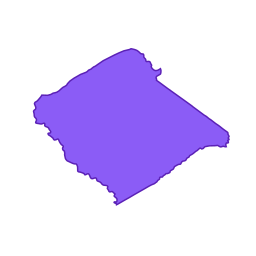 outline of Dam Doi, Cà Mau, Vietnam, rotated 217°
{"feature_id": "81297802B79677528710757", "entity_name": "Dam Doi", "entity_type": "district", "adm_level": 2, "iso_a3": "VNM", "parent_name": "Vietnam", "parent_adm1": "Cà Mau", "projection": "mercator", "projection_center": [105.265, 8.963], "detail": "fine", "context": "isolated", "style": "filled", "palette": "violet", "viewbox_px": 256, "rotation_deg": 217, "n_neighbors": 0, "source": "geoboundaries", "source_scale": "gbopen_adm2", "svg_char_len": 5658}
<svg xmlns="http://www.w3.org/2000/svg" viewBox="0 0 256 256"><g transform="rotate(217 128 128)"><path d="M91.0,59.8L90.3,61.2L87.2,68.5L85.0,73.5L83.0,78.4L78.3,89.3L76.8,92.9L76.1,94.5L75.0,96.8L73.5,99.3L73.2,100.2L73.0,101.2L72.6,102.1L72.6,102.7L72.7,104.0L72.1,105.9L72.2,106.4L72.6,107.0L72.8,107.4L72.8,107.8L72.7,108.1L72.3,108.5L71.2,109.4L71.1,109.6L71.0,109.9L71.0,110.2L71.1,111.0L71.0,111.4L70.9,111.8L70.6,112.2L70.4,112.9L70.2,114.4L70.0,114.6L69.3,115.1L68.8,115.8L67.9,117.3L67.8,117.8L68.3,118.7L68.3,119.0L68.3,119.3L68.3,119.6L67.3,121.9L67.1,122.6L67.2,123.1L67.5,124.5L67.6,125.0L67.5,125.5L66.5,127.8L65.9,129.1L65.6,129.4L65.4,129.7L64.8,130.2L64.4,130.6L64.3,130.9L64.3,131.3L64.6,132.7L64.6,133.2L64.6,133.7L64.4,134.2L64.2,134.6L63.4,135.4L62.7,136.4L62.5,136.8L62.5,137.4L62.7,138.4L62.7,139.2L62.7,139.8L62.6,140.0L61.9,141.2L61.9,141.8L62.0,142.3L62.1,142.9L62.0,143.4L61.0,145.6L60.5,147.2L59.8,150.2L59.2,151.6L58.6,154.7L58.4,155.2L58.2,155.4L57.9,155.5L56.8,155.6L56.6,155.6L56.3,155.9L55.9,156.4L55.6,157.0L55.4,159.0L55.2,159.5L53.3,161.6L52.2,162.8L47.8,166.3L46.8,167.2L46.4,167.7L46.1,167.9L45.6,168.1L43.9,168.3L43.2,168.4L42.6,168.7L42.3,169.0L41.8,169.6L41.2,170.5L40.8,170.8L38.9,171.6L38.6,171.9L38.3,172.2L38.9,172.6L39.9,173.6L40.2,174.4L40.4,175.1L40.2,175.5L39.5,175.9L39.2,176.2L39.1,176.6L39.3,177.2L39.9,177.5L40.7,177.8L40.8,177.9L40.9,178.1L40.8,178.5L40.4,179.0L40.4,179.3L40.4,179.6L40.6,179.8L40.9,180.0L41.6,180.1L41.9,180.3L42.0,180.6L42.1,181.5L42.2,182.0L42.4,182.2L43.1,182.6L44.3,183.1L44.7,183.5L45.1,184.1L45.6,184.4L46.0,184.5L50.0,184.4L52.3,184.4L55.8,184.5L57.3,184.5L60.7,184.3L67.2,184.4L67.9,184.3L68.0,184.2L70.8,184.3L72.2,184.4L73.2,184.3L74.2,184.2L75.3,184.1L77.0,184.1L89.0,184.0L90.2,184.1L100.1,183.9L112.2,183.6L120.3,183.4L131.1,183.3L133.9,183.2L134.1,183.6L134.3,183.9L134.7,184.3L135.4,184.7L135.7,184.9L135.9,185.2L136.1,185.5L136.2,186.1L136.2,186.6L136.0,187.1L134.8,189.9L134.6,190.5L134.6,190.9L134.7,191.1L135.1,192.0L135.8,193.1L136.5,194.0L137.8,194.9L138.3,193.5L138.9,192.2L139.5,191.4L140.1,190.8L140.9,190.2L141.7,190.0L142.5,189.9L144.1,190.0L144.9,190.2L145.8,190.6L146.4,191.0L146.6,191.5L146.7,192.0L146.9,192.3L147.3,192.6L148.2,192.9L149.7,193.8L150.2,194.0L150.6,194.0L151.1,193.9L152.0,193.3L153.0,192.3L153.3,192.2L153.6,192.2L153.9,192.3L154.4,192.6L154.7,193.0L155.2,193.4L155.6,193.6L156.9,193.8L157.7,194.0L158.0,194.2L158.4,194.6L159.0,195.4L159.5,195.8L159.8,196.1L160.1,196.2L160.4,196.2L160.8,196.0L161.2,195.7L162.0,195.3L162.5,195.1L163.0,195.1L165.6,195.4L167.7,195.3L169.8,194.7L172.1,193.7L173.3,193.1L173.6,192.4L174.2,191.4L177.7,187.2L180.4,182.6L182.8,178.1L188.3,166.8L190.5,160.3L191.3,157.7L192.1,156.3L192.7,154.3L192.9,153.0L193.6,151.7L194.0,150.9L194.3,150.5L194.5,148.6L195.0,147.3L196.3,145.2L198.1,142.3L201.1,135.3L202.6,130.7L202.8,129.0L202.9,127.9L203.0,126.7L202.8,126.1L202.9,124.9L203.1,124.2L203.5,123.2L204.3,121.6L204.8,119.8L205.5,116.0L206.4,113.7L207.5,112.2L208.5,111.1L209.0,110.4L209.3,109.5L209.8,108.4L211.8,105.8L213.5,104.6L216.6,102.4L216.5,101.9L216.4,100.5L216.5,98.2L216.7,95.6L216.8,95.0L216.9,94.5L217.7,92.5L217.6,92.0L217.4,91.2L217.1,90.9L214.3,89.2L213.7,88.6L213.5,88.2L213.3,87.7L213.2,87.4L213.3,86.7L213.6,85.9L213.6,85.5L213.6,84.7L213.3,84.3L212.3,83.5L211.4,82.7L210.2,81.3L209.7,80.9L209.1,80.6L208.7,80.5L207.3,80.3L206.9,80.1L206.5,79.9L206.1,79.6L205.7,78.9L205.5,78.3L205.3,77.3L205.1,76.9L204.9,76.7L204.7,76.6L204.4,76.6L204.2,76.7L203.6,76.9L201.9,77.8L200.9,78.3L200.4,78.6L199.8,78.9L199.4,79.3L198.6,80.4L198.4,80.8L198.0,81.2L197.9,81.3L197.7,81.4L197.3,81.4L197.0,81.3L196.7,81.0L196.5,80.7L196.2,80.1L196.0,79.9L195.7,79.7L195.4,79.6L194.8,79.6L194.2,79.8L193.5,80.0L192.5,80.2L192.3,80.3L191.8,80.2L191.2,80.1L190.0,79.4L188.3,79.0L187.9,78.8L187.7,78.7L187.4,78.4L187.3,78.2L187.1,77.6L187.2,77.4L187.2,77.2L187.5,76.8L188.3,76.1L188.5,75.7L188.5,75.4L188.3,75.2L188.0,75.0L187.6,74.8L187.2,74.7L185.4,74.9L184.1,74.9L182.3,74.8L182.0,74.8L180.6,74.2L180.1,74.1L179.7,74.1L179.2,74.4L178.5,75.3L178.1,75.8L177.8,76.6L177.6,76.8L177.3,77.0L177.0,77.1L176.5,77.0L175.9,76.6L174.3,75.7L172.8,75.1L172.2,74.9L171.3,74.7L169.4,74.6L168.8,74.5L168.6,74.3L168.4,74.0L168.3,73.7L168.3,73.1L168.2,72.7L167.9,72.2L167.6,71.9L167.0,71.5L166.5,71.3L166.0,71.2L165.3,71.3L165.0,71.3L164.9,71.2L164.5,70.9L163.6,70.0L163.2,69.6L162.6,68.6L162.2,68.2L159.9,66.2L159.3,65.8L158.0,65.4L157.6,65.3L156.8,65.2L156.3,65.3L151.2,66.4L150.2,66.7L149.7,66.9L148.9,67.3L147.9,68.0L147.7,68.0L147.4,68.1L147.1,68.0L146.8,67.9L146.2,67.5L144.9,66.7L144.4,66.0L143.8,65.3L142.3,63.4L141.9,63.3L141.6,63.2L141.4,63.2L141.0,63.3L139.4,64.1L138.5,64.4L137.3,64.8L135.8,65.1L135.4,65.1L134.6,64.7L134.3,64.7L134.0,64.9L133.6,65.4L133.0,66.7L132.6,67.2L132.3,67.5L132.0,67.6L131.7,67.6L131.2,67.5L130.1,67.0L128.6,66.1L128.1,65.8L127.5,65.7L126.9,65.6L126.4,65.8L125.9,66.1L125.4,66.7L124.8,67.7L124.3,68.2L123.9,68.6L123.4,68.7L122.9,68.7L121.5,67.6L121.0,67.4L120.7,67.3L120.2,67.4L118.0,68.0L117.4,68.0L116.7,68.0L114.9,67.5L114.5,67.5L113.8,67.5L113.3,67.6L112.3,68.1L111.2,68.8L110.3,69.2L109.8,69.3L109.4,69.3L109.1,69.2L108.8,69.0L108.6,68.6L108.3,67.5L108.0,67.2L106.7,66.8L105.2,66.0L104.7,65.9L104.0,66.0L103.7,66.4L102.8,67.4L102.4,67.7L102.0,67.8L100.4,67.6L98.7,67.5L98.6,67.3L98.5,66.4L98.3,65.7L98.1,65.3L97.7,65.2L97.1,65.1L96.0,65.1L95.3,65.0L94.6,64.9L94.0,64.5L93.5,64.0L93.0,63.2L92.8,62.8L92.7,62.4L92.8,61.9L94.2,61.0L94.4,60.7L94.4,60.3L94.2,60.1L93.9,60.1L93.2,60.2L92.6,60.4L92.1,60.5L91.7,60.4L91.4,60.2L91.0,59.8Z" fill="#8b5cf6" stroke="#5b21b6" stroke-width="1.5"/></g></svg>